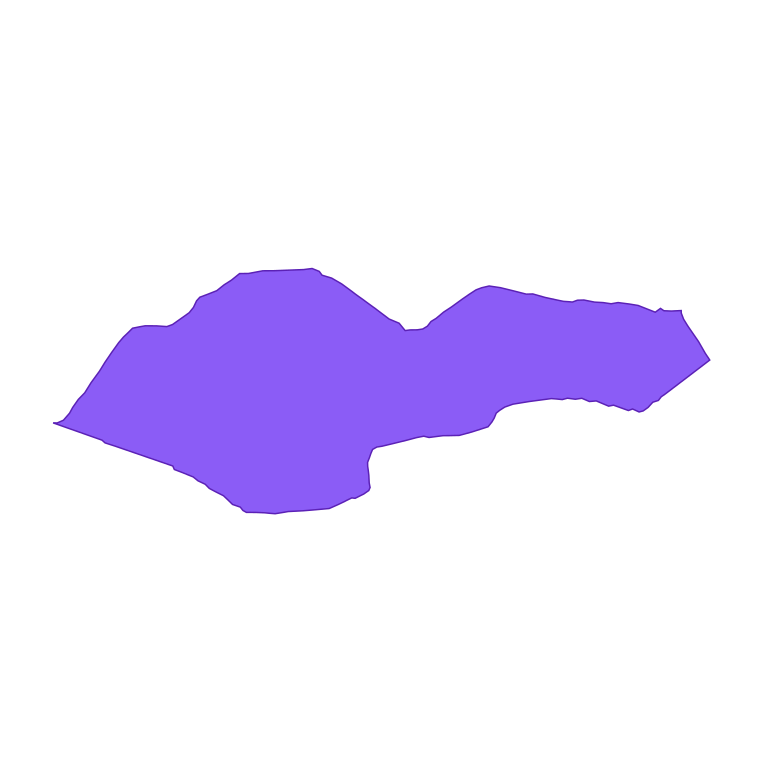 the district of Ghadeer, South Kordufan, Sudan, rotated 289°
{"feature_id": "16777658B14153516268915", "entity_name": "Ghadeer", "entity_type": "district", "adm_level": 2, "iso_a3": "SDN", "parent_name": "Sudan", "parent_adm1": "South Kordufan", "projection": "mercator", "projection_center": [31.133, 10.64], "detail": "fine", "context": "isolated", "style": "filled", "palette": "violet", "viewbox_px": 768, "rotation_deg": 289, "n_neighbors": 0, "source": "geoboundaries", "source_scale": "gbopen_adm2", "svg_char_len": 2697}
<svg xmlns="http://www.w3.org/2000/svg" viewBox="0 0 768 768"><g transform="rotate(289 384 384)"><path d="M239.5,83.8L239.1,135.6L237.5,139.4L237.7,150.0L237.7,211.0L234.9,213.6L234.7,220.0L234.0,233.9L231.9,239.6L231.0,247.6L228.4,252.8L227.3,259.7L226.1,268.6L223.6,274.1L220.8,280.0L220.8,288.2L218.5,291.8L217.8,295.7L217.9,296.0L218.2,296.8L218.4,297.5L219.0,299.1L220.5,303.7L220.8,304.5L223.4,313.2L224.5,317.9L225.9,323.3L230.3,331.5L232.2,334.9L234.9,341.6L237.8,348.8L241.3,356.8L248.0,371.8L248.4,372.7L254.9,379.7L260.4,385.3L260.9,385.7L265.8,390.6L266.5,393.9L268.0,395.4L271.3,398.6L273.4,400.7L276.3,402.8L278.3,404.3L281.2,404.5L281.6,404.5L281.4,404.6L281.5,404.6L282.2,404.2L285.7,402.2L292.7,399.4L297.1,397.3L300.8,395.4L304.5,394.0L309.4,394.2L313.8,394.2L318.4,394.5L322.1,397.8L324.4,402.2L330.7,412.1L338.3,423.9L343.9,432.2L347.6,438.6L348.1,444.0L354.3,456.5L356.9,463.8L357.4,465.1L359.9,471.9L367.1,482.5L374.2,492.0L377.4,496.3L383.2,498.4L387.6,499.3L393.0,499.6L396.7,501.9L401.5,505.7L406.9,512.5L414.7,527.0L424.7,547.0L426.1,552.4L427.3,557.6L430.3,562.1L431.9,569.9L434.9,575.7L434.3,583.9L437.1,590.2L436.2,603.6L438.7,607.9L438.5,623.7L441.3,627.2L440.6,634.3L442.9,637.8L447.8,641.3L454.3,644.1L457.8,648.8L462.2,650.3L466.3,653.3L498.4,674.7L512.7,684.2L513.5,683.2L517.6,677.8L526.5,667.6L537.5,652.7L538.0,652.1L538.2,651.8L538.7,651.2L542.8,646.2L547.8,642.0L550.2,641.1L546.5,631.9L544.4,624.8L545.5,620.8L540.2,617.1L541.0,598.7L539.5,589.9L537.2,578.8L533.8,572.6L532.3,564.6L530.0,556.5L528.5,545.7L526.2,539.6L522.8,535.4L522.2,532.8L520.6,526.9L520.3,524.7L520.0,522.3L519.7,520.0L519.4,517.3L519.3,515.9L519.2,515.8L518.3,508.1L517.6,495.4L515.3,489.3L514.2,475.9L513.0,462.8L510.9,451.5L506.8,445.0L503.0,440.4L496.6,435.4L489.8,430.4L478.8,422.7L471.3,416.9L463.0,411.9L458.4,408.1L452.8,406.2L448.6,402.7L446.0,397.7L444.0,392.1L443.9,391.9L443.8,391.6L443.7,391.2L443.4,390.6L441.4,386.6L446.4,378.5L447.1,367.7L452.0,352.7L452.4,351.6L452.5,351.3L453.2,348.9L455.9,340.1L456.9,337.0L457.7,334.3L458.3,332.2L459.9,327.0L460.1,326.4L460.2,326.2L460.3,325.9L460.4,325.5L460.5,325.2L460.6,324.8L460.7,324.7L460.9,324.1L464.8,311.6L467.1,300.0L466.7,290.0L469.4,286.1L469.8,278.4L466.0,270.7L455.4,243.4L451.6,232.6L444.4,219.9L441.4,211.5L432.5,205.9L425.7,200.5L417.8,195.5L411.8,188.5L406.1,181.6L401.6,179.7L394.4,178.9L388.0,176.6L377.8,169.3L371.4,164.7L367.6,160.0L364.9,150.0L361.3,139.3L358.3,133.9L354.9,128.1L349.6,125.5L343.6,122.4L336.8,119.7L325.1,116.2L313.7,113.1L303.5,110.8L289.9,106.6L278.2,103.9L269.9,100.0L260.5,97.3L254.1,96.2L245.4,92.7L240.8,87.7L239.5,83.8Z" fill="#8b5cf6" stroke="#5b21b6" stroke-width="1.5"/></g></svg>